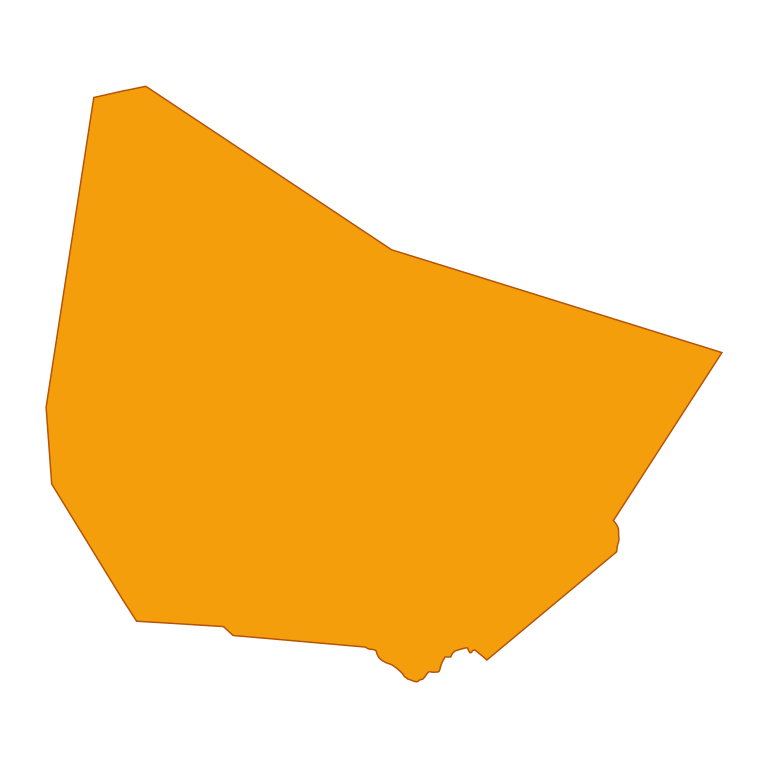 San Luis, Comayagua, Honduras (Natural Earth projection)
{"feature_id": "27666195B17713094876682", "entity_name": "San Luis", "entity_type": "district", "adm_level": 2, "iso_a3": "HND", "parent_name": "Honduras", "parent_adm1": "Comayagua", "projection": "natural_earth1", "projection_center": [-87.433, 14.775], "detail": "fine", "context": "isolated", "style": "filled", "palette": "amber", "viewbox_px": 768, "rotation_deg": 0, "n_neighbors": 0, "source": "geoboundaries", "source_scale": "gbopen_adm2", "svg_char_len": 5069}
<svg xmlns="http://www.w3.org/2000/svg" viewBox="0 0 768 768"><path d="M721.9,352.6L610.7,318.0L464.4,272.4L391.6,249.8L216.5,133.3L180.6,109.5L145.8,86.3L122.2,91.1L93.8,97.5L68.2,263.6L46.1,407.3L51.7,484.0L122.1,598.7L136.6,621.2L154.1,622.3L159.8,622.6L222.2,626.5L223.5,626.6L233.1,635.5L365.6,647.1L365.9,647.4L366.3,647.7L366.8,648.0L367.0,648.1L367.3,648.3L367.5,648.4L367.8,648.5L368.2,648.8L368.6,648.9L368.8,649.0L369.1,649.0L369.4,649.1L369.8,649.2L370.0,649.2L370.3,649.2L370.6,649.3L370.8,649.3L371.4,649.3L371.6,649.3L371.8,649.3L372.0,649.4L372.3,649.4L372.7,649.5L372.9,649.5L373.4,649.6L373.6,649.7L373.8,649.7L374.0,649.8L374.5,650.0L375.2,650.2L375.4,650.3L375.6,650.4L375.7,650.5L375.8,650.7L375.9,650.8L376.0,650.9L376.1,651.0L376.2,651.3L376.3,651.5L376.4,651.8L376.5,652.4L376.6,652.5L376.6,652.9L376.7,653.0L376.8,653.3L376.8,653.5L377.0,653.8L377.1,654.1L377.5,655.0L377.9,655.9L378.1,656.3L378.2,656.5L378.3,656.6L378.4,656.8L378.6,657.1L378.8,657.4L378.9,657.6L379.2,657.9L379.3,658.0L379.5,658.3L379.7,658.5L379.8,658.6L380.0,658.8L380.4,659.1L380.5,659.3L380.9,659.6L381.3,659.9L381.8,660.2L382.0,660.4L382.3,660.6L382.5,660.7L383.3,661.2L383.9,661.5L384.6,661.9L385.3,662.3L385.9,662.6L386.2,662.7L386.6,662.9L386.9,663.0L387.3,663.2L387.7,663.3L388.0,663.4L388.4,663.6L388.8,663.7L389.1,663.8L389.6,663.9L389.8,664.0L390.0,664.0L390.4,664.2L390.6,664.3L391.1,664.5L391.3,664.6L391.5,664.7L391.9,664.9L392.1,665.0L392.7,665.4L393.5,665.9L393.9,666.2L395.6,667.4L396.6,668.2L397.5,668.9L398.4,669.7L399.3,670.5L400.2,671.3L400.9,672.0L401.3,672.4L401.7,672.8L402.1,673.2L402.4,673.6L402.6,673.7L402.7,673.9L402.9,674.2L403.1,674.4L403.2,674.6L403.3,674.7L403.4,674.8L403.5,675.2L403.6,675.3L403.8,675.6L404.0,675.9L404.1,676.0L404.4,676.4L404.5,676.5L404.8,676.8L405.0,677.0L405.3,677.2L405.4,677.3L405.6,677.4L405.8,677.5L406.0,677.6L406.4,677.7L406.5,677.8L406.8,678.0L407.0,678.2L407.1,678.3L407.2,678.5L407.3,678.8L407.5,678.9L407.7,679.0L407.9,679.1L409.6,679.6L410.5,679.9L411.7,680.3L412.8,680.8L413.7,681.1L414.5,681.4L414.9,681.5L415.1,681.5L415.3,681.6L415.6,681.6L415.8,681.6L416.0,681.7L416.4,681.7L416.6,681.7L416.8,681.7L417.0,681.6L417.5,681.6L417.8,681.5L418.0,681.3L418.2,681.2L418.3,681.2L418.5,681.0L418.5,680.9L418.8,680.6L419.0,680.4L419.4,680.2L419.6,680.0L419.8,679.9L420.1,679.8L420.3,679.7L420.5,679.6L420.8,679.6L421.1,679.5L421.3,679.5L421.6,679.5L421.9,679.5L422.0,679.5L422.2,679.4L422.3,679.4L422.6,679.2L422.9,679.0L423.0,678.9L423.2,678.7L423.4,678.6L423.9,677.9L424.2,677.6L424.5,677.2L424.9,676.8L425.1,676.5L425.3,676.2L425.5,675.9L425.7,675.6L425.9,675.2L426.3,674.8L426.4,674.5L426.6,674.2L426.8,674.0L427.0,673.7L427.4,673.2L427.7,673.0L427.8,672.8L428.1,672.5L428.3,672.4L428.6,672.1L428.8,671.9L429.2,671.8L429.3,671.8L429.7,671.8L429.9,671.8L430.2,671.8L430.3,671.8L430.5,671.8L431.0,671.9L431.2,672.0L431.7,672.1L431.9,672.1L432.1,672.1L432.3,672.1L432.7,672.2L433.2,672.2L433.8,672.2L434.5,672.2L435.4,672.1L436.1,672.1L436.4,672.1L436.8,672.1L437.2,672.0L437.7,672.0L437.8,671.9L438.1,671.9L438.3,671.8L438.5,671.7L438.8,671.6L439.0,671.4L439.1,671.2L439.3,671.0L439.3,670.9L439.4,670.7L439.6,670.2L439.7,669.9L439.8,669.4L440.0,668.9L440.2,668.2L440.3,667.5L440.6,666.6L440.8,665.8L440.9,665.4L441.0,665.2L441.1,664.9L441.2,664.7L441.2,664.4L441.3,664.2L441.6,663.5L442.4,661.9L442.8,661.0L443.3,660.1L443.8,659.2L444.1,658.7L444.5,658.0L444.7,657.8L444.8,657.5L445.0,657.3L445.2,657.0L445.3,657.0L445.4,656.9L445.5,656.9L445.8,656.8L446.5,656.9L446.9,657.0L447.1,657.0L448.8,657.0L449.9,657.0L450.0,657.0L450.3,657.0L450.4,656.9L450.5,656.9L450.7,656.7L450.8,656.6L450.9,656.4L451.0,656.3L451.1,656.2L451.2,655.9L451.3,655.7L451.4,655.4L451.5,655.2L451.7,654.8L451.8,654.6L452.0,654.3L452.1,654.1L452.3,653.8L452.5,653.4L452.7,653.2L452.8,653.1L453.0,652.8L453.1,652.7L453.4,652.4L453.6,652.2L453.8,652.0L454.0,651.8L454.3,651.6L454.5,651.4L454.8,651.3L454.9,651.2L455.1,651.0L455.5,650.8L455.7,650.7L455.8,650.7L457.1,650.3L458.1,650.0L459.7,649.5L461.3,649.0L462.4,648.8L463.5,648.5L464.4,648.2L465.3,648.0L465.5,648.0L465.9,647.9L466.0,647.9L466.5,647.8L467.1,647.8L467.3,647.9L467.4,648.0L467.5,648.2L467.7,648.5L468.0,649.2L468.8,650.8L469.2,651.6L469.4,652.0L469.6,652.3L469.8,652.5L470.0,652.7L470.4,652.7L470.5,652.7L470.8,652.7L471.1,652.6L471.4,652.4L471.6,652.2L471.8,652.0L471.9,651.9L472.0,651.8L472.0,651.5L472.1,651.4L472.2,651.2L472.3,651.1L472.5,650.9L472.8,650.6L473.0,650.5L473.1,650.4L473.3,650.3L473.4,650.2L473.6,650.2L473.8,650.1L474.0,650.0L474.3,650.0L474.7,650.1L475.0,650.2L475.1,650.3L475.4,650.4L475.7,650.6L475.8,650.7L475.9,650.8L476.0,650.8L476.2,651.0L476.4,651.1L476.9,651.5L477.4,652.0L477.6,652.2L477.8,652.3L480.8,654.8L483.7,657.2L484.3,657.7L484.8,658.2L485.8,659.1L486.9,660.0L516.0,635.7L616.5,551.9L616.8,551.0L617.0,548.3L617.5,545.4L618.0,543.5L618.7,541.4L619.0,539.3L618.8,537.3L618.6,534.1L618.6,530.6L618.3,528.5L617.5,526.3L616.4,524.4L615.4,522.8L614.4,521.8L613.4,520.6L721.9,352.6Z" fill="#f59e0b" stroke="#b45309" stroke-width="1.5"/></svg>